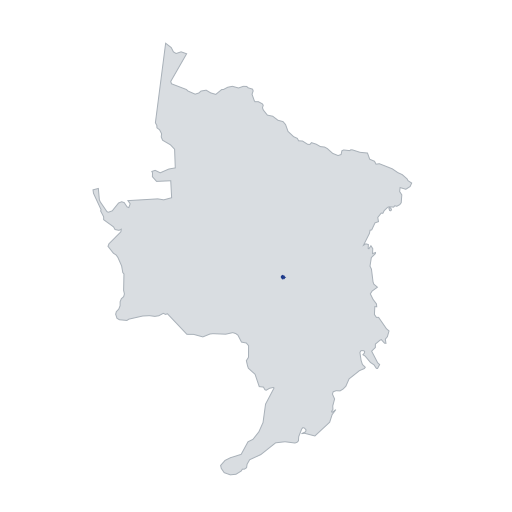 Tocancipá, Cundinamarca, Colombia (highlighted), rotated 177°
{"feature_id": "7082276B10728251723000", "entity_name": "Tocancipá", "entity_type": "district", "adm_level": 2, "iso_a3": "COL", "parent_name": "Colombia", "parent_adm1": "Cundinamarca", "projection": "albers", "projection_center": [-73.95, 4.971], "detail": "fine", "context": "in_parent", "style": "filled", "palette": "blue", "viewbox_px": 512, "rotation_deg": 177, "n_neighbors": 0, "source": "geoboundaries", "source_scale": "gbopen_adm2", "svg_char_len": 4572}
<svg xmlns="http://www.w3.org/2000/svg" viewBox="0 0 512 512"><g transform="rotate(177 256 256)"><path d="M297.6,53.5L292.1,55.9L281.2,58.7L273.7,70.9L268.6,73.1L262.3,80.3L257.7,89.3L254.2,107.6L244.9,123.2L245.6,123.8L249.4,123.2L252.9,121.4L254.1,122.0L255.4,124.7L259.6,125.4L263.1,137.9L269.5,144.3L270.2,146.8L271.1,152.0L268.8,155.2L268.1,166.8L270.2,169.6L275.0,170.8L278.2,177.9L280.3,179.6L283.2,180.7L290.3,179.5L303.1,180.7L306.1,180.5L313.3,178.0L322.4,181.0L329.1,181.4L347.5,203.0L349.3,202.4L351.6,203.6L356.2,201.4L360.2,201.0L365.5,202.0L372.3,202.0L386.2,199.6L388.3,198.4L395.8,199.5L398.1,201.1L399.2,205.2L398.4,207.7L395.8,210.2L394.3,213.5L394.1,217.4L392.7,220.4L390.3,222.3L389.4,225.0L390.0,228.6L388.8,245.0L389.9,246.4L390.7,253.1L394.0,261.8L395.6,264.3L398.3,266.3L403.3,273.4L402.2,275.9L389.7,287.2L389.1,289.8L391.5,288.8L395.4,289.8L396.7,292.5L406.2,300.2L406.1,303.2L408.8,309.1L408.3,310.4L415.0,327.1L415.3,330.6L409.9,331.7L409.5,320.4L408.7,318.2L402.6,308.2L401.3,307.4L397.2,308.6L390.5,316.1L387.3,317.2L384.8,316.2L382.2,311.8L380.5,311.0L378.9,314.7L381.0,318.0L351.1,318.2L345.2,316.9L337.2,318.6L337.2,335.6L351.4,335.7L355.3,340.6L355.0,344.5L355.6,345.9L352.2,346.8L347.3,344.1L338.5,347.4L332.0,348.2L331.7,366.9L335.6,371.5L343.2,376.5L344.4,379.8L343.9,383.1L345.7,387.1L348.2,389.2L348.2,391.6L349.5,394.3L335.1,473.2L329.7,468.5L327.8,464.2L325.2,462.4L320.1,463.8L314.7,461.6L332.0,434.8L331.4,432.4L316.8,425.9L315.3,424.3L308.3,420.8L304.5,421.8L302.3,423.6L297.1,424.2L292.8,421.3L287.7,419.5L281.6,424.0L279.7,424.0L275.4,426.0L270.7,426.7L264.7,424.7L259.8,426.1L256.4,425.8L255.1,424.4L250.7,422.8L250.2,421.0L251.5,417.7L249.6,411.2L248.9,410.1L245.6,410.0L241.7,407.6L240.9,406.2L241.8,403.6L241.0,401.3L237.3,396.1L232.0,394.7L227.0,390.4L222.0,388.8L219.6,385.7L217.5,378.7L212.2,373.2L208.6,371.3L207.4,368.8L203.6,368.4L198.5,364.8L196.3,364.6L194.7,366.3L190.0,364.5L186.0,361.9L181.8,361.2L179.1,359.5L174.1,354.5L168.8,352.0L165.7,352.9L164.7,356.6L162.9,357.3L156.8,356.3L155.8,357.1L154.1,356.9L146.7,354.1L139.3,353.0L137.4,346.7L132.7,344.4L131.3,341.4L128.0,341.7L115.3,335.9L110.1,331.9L105.7,329.6L101.1,325.1L100.3,323.3L96.7,320.7L98.5,317.3L102.9,314.8L108.5,316.8L109.2,312.9L107.2,309.4L108.2,301.6L109.7,299.8L112.8,298.3L114.8,298.9L116.0,297.6L120.6,298.2L122.0,297.7L125.6,294.6L127.1,292.0L128.7,292.3L132.4,288.1L131.9,283.9L135.4,282.9L139.1,276.0L140.7,275.8L141.6,272.5L148.1,261.1L145.7,262.4L143.2,261.6L143.6,257.7L142.9,257.3L140.7,260.2L139.0,257.2L139.5,252.3L136.5,253.2L136.7,252.1L140.9,248.4L142.7,239.9L141.4,236.8L140.5,224.1L139.8,221.7L136.4,218.5L141.9,214.9L143.8,212.2L141.4,206.6L138.2,201.8L138.1,199.0L140.0,199.2L140.8,191.4L139.0,188.4L136.8,188.3L129.6,176.6L127.1,174.2L129.0,168.6L131.2,166.2L130.8,162.0L132.2,162.2L135.3,166.0L136.6,165.4L141.4,161.8L141.6,158.4L145.5,154.9L140.1,143.0L138.2,141.1L140.5,137.3L141.7,137.5L143.9,141.2L147.3,143.7L152.3,150.4L154.4,151.8L152.9,153.3L152.5,154.9L153.3,155.8L156.1,156.0L157.3,154.2L156.5,146.1L155.4,142.1L152.7,139.2L153.6,138.0L158.7,136.1L169.5,128.4L173.1,121.2L176.0,118.6L179.1,116.9L183.0,117.3L186.0,116.4L186.9,114.1L185.0,109.1L187.2,102.3L187.2,98.8L188.7,96.8L188.2,95.9L184.3,98.4L188.3,93.6L191.1,86.2L206.6,73.2L216.7,76.4L219.9,76.2L215.7,77.8L215.1,79.7L216.6,81.6L218.1,82.2L219.4,80.9L222.8,73.4L223.3,69.2L224.8,67.8L226.9,67.2L236.8,69.0L246.2,68.4L261.5,57.5L273.0,52.9L275.8,48.5L276.5,45.1L278.6,43.8L280.8,43.8L282.1,42.0L287.4,39.1L293.1,38.8L299.1,41.3L301.8,45.7L302.3,48.7L297.6,53.5ZM120.8,296.8L120.1,297.4L118.7,296.4L118.3,295.0L119.1,294.1L120.2,294.4L120.8,296.8Z" fill="#d9dde1" stroke="#a8b0b8" stroke-width="1"/><path d="M230.7,232.1L230.7,232.3L230.4,232.4L230.3,232.5L230.2,232.5L229.9,232.5L229.9,232.8L230.0,232.9L230.0,233.1L230.1,233.3L229.9,233.4L229.9,233.5L229.7,233.6L229.4,233.6L229.4,233.4L229.4,233.2L229.2,233.0L229.2,232.9L229.2,233.0L229.1,232.9L229.1,233.0L228.9,233.0L228.8,233.3L228.7,233.3L228.8,233.4L228.7,233.4L228.7,233.5L229.0,233.7L229.0,233.8L229.2,234.0L229.3,234.2L229.3,234.3L229.5,234.3L229.8,234.5L230.0,234.6L229.9,234.6L230.0,234.6L230.2,234.8L230.3,234.8L230.4,235.0L230.5,235.0L230.7,234.9L230.8,234.9L230.9,234.7L231.0,234.6L231.1,234.4L231.2,234.2L231.3,234.2L231.5,234.1L231.6,233.9L231.5,233.7L231.4,233.7L231.2,233.5L231.1,233.4L231.3,233.3L231.3,233.2L231.3,233.3L231.4,233.2L231.2,233.0L231.1,232.9L231.0,232.7L230.9,232.5L230.9,232.4L230.9,232.2L230.7,232.1Z" fill="#3b82f6" stroke="#1e3a8a" stroke-width="1.5"/></g></svg>